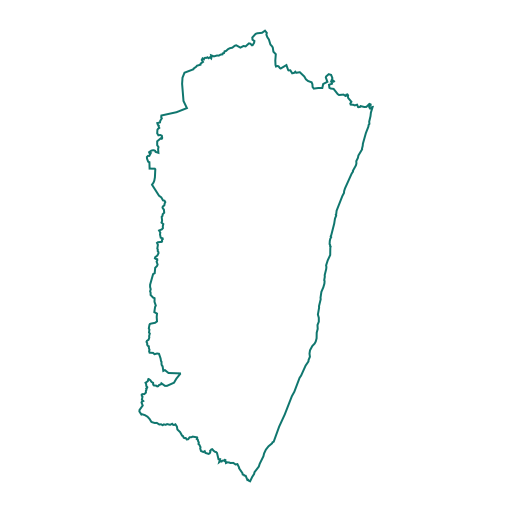 Vangaindrano, Atsimo-Atsinanana, Madagascar
{"feature_id": "10022922B74242760889111", "entity_name": "Vangaindrano", "entity_type": "district", "adm_level": 2, "iso_a3": "MDG", "parent_name": "Madagascar", "parent_adm1": "Atsimo-Atsinanana", "projection": "mercator", "projection_center": [47.342, -23.586], "detail": "fine", "context": "isolated", "style": "outline", "palette": "teal", "viewbox_px": 512, "rotation_deg": 0, "n_neighbors": 0, "source": "geoboundaries", "source_scale": "gbopen_adm2", "svg_char_len": 6013}
<svg xmlns="http://www.w3.org/2000/svg" viewBox="0 0 512 512"><path d="M265.0,30.7L262.0,32.8L257.2,33.3L255.6,33.9L252.3,37.5L252.5,39.7L254.4,41.0L254.1,42.8L252.6,45.2L251.9,45.3L250.4,43.7L248.9,43.4L245.6,46.4L243.5,46.0L240.4,47.6L236.2,45.3L234.7,45.8L232.3,47.7L229.9,48.2L228.1,49.1L226.0,51.0L224.6,51.3L224.0,53.1L222.7,53.4L222.4,54.4L220.6,54.6L218.8,55.6L217.0,55.5L213.9,56.4L211.1,55.3L211.5,57.3L211.2,58.4L210.1,57.2L208.6,58.2L207.4,57.3L206.4,57.9L205.1,57.8L204.4,58.2L203.9,59.3L202.6,58.4L201.8,59.9L203.0,61.9L200.6,63.6L200.5,64.7L197.0,65.7L196.1,66.8L193.6,68.6L193.4,69.3L184.5,72.7L182.5,77.7L182.1,83.8L183.5,101.0L186.9,108.1L176.5,112.2L161.4,115.5L161.2,117.2L161.8,118.3L160.3,120.7L160.0,122.4L157.3,123.1L157.9,124.9L158.8,125.6L158.6,126.5L159.3,127.9L157.9,129.0L157.4,129.9L157.2,133.3L158.4,135.3L160.2,135.0L161.8,135.7L162.2,137.9L162.0,138.6L161.6,138.8L160.8,138.3L157.2,141.3L157.2,145.2L158.5,147.1L158.1,149.0L158.4,152.8L155.6,151.9L155.1,150.8L154.6,150.5L153.2,150.2L151.4,150.6L149.1,152.2L149.5,153.1L150.7,153.2L149.3,155.9L148.0,155.9L146.9,157.0L147.0,158.6L148.1,161.5L148.4,161.9L149.4,162.2L149.6,168.6L154.8,168.7L155.3,169.3L154.9,177.4L154.3,180.6L153.5,182.6L152.0,184.7L159.0,195.7L161.3,197.4L163.0,200.4L164.5,200.7L165.3,202.1L164.7,203.3L164.3,205.4L162.9,206.4L162.5,207.3L162.8,208.3L163.9,209.6L164.2,212.7L162.7,214.2L162.5,215.9L161.7,216.8L162.1,220.9L161.5,222.6L163.3,224.1L162.8,226.1L162.9,228.2L161.8,229.4L159.1,230.5L160.3,232.6L160.0,234.4L160.7,237.7L162.6,238.3L162.8,239.1L161.9,240.0L162.1,241.2L161.7,241.9L158.0,242.2L157.0,242.9L157.9,244.8L157.3,248.6L157.8,249.5L157.7,251.1L158.4,252.0L158.5,253.2L157.3,255.6L155.2,257.2L154.9,258.3L155.7,258.9L157.2,259.2L157.3,260.3L156.6,261.6L157.6,264.6L157.0,266.0L155.2,267.8L154.7,273.2L153.1,274.1L150.1,284.7L150.1,287.0L150.7,289.2L150.1,291.3L150.6,292.7L150.6,295.0L153.2,297.7L154.5,298.1L154.6,298.6L154.5,301.8L155.8,305.6L155.1,306.9L154.3,312.1L157.0,313.6L156.7,317.0L157.0,321.4L155.1,322.8L151.0,323.6L149.9,324.0L149.5,324.7L148.8,328.5L149.4,329.6L149.0,332.6L149.8,333.5L149.1,336.1L149.3,337.5L148.6,339.7L146.9,340.9L146.5,341.9L147.2,343.2L147.2,344.8L147.9,345.9L148.8,346.3L148.9,348.2L149.5,349.8L149.1,351.2L149.6,352.7L153.1,352.9L154.5,354.2L157.1,353.5L159.0,353.8L160.6,358.5L161.0,361.0L161.5,361.8L161.5,364.1L161.9,365.5L162.6,366.2L163.3,370.9L164.9,370.1L168.5,373.0L180.0,373.4L180.1,374.0L176.4,378.6L174.0,382.7L166.9,385.9L165.0,385.9L161.4,383.3L161.0,384.3L159.1,385.0L158.1,386.2L157.2,386.4L156.3,385.7L153.8,385.4L153.2,384.6L153.1,382.8L151.6,382.0L150.3,380.2L148.6,379.0L148.3,379.1L147.8,381.2L145.5,382.8L146.1,383.9L146.3,386.0L147.3,387.2L147.1,387.9L146.2,388.5L146.5,389.8L145.9,390.7L145.9,392.6L144.3,394.1L142.4,394.1L141.7,394.6L141.8,395.8L142.5,396.7L141.9,399.7L143.2,401.0L141.8,401.8L141.5,402.5L142.7,405.5L139.5,410.0L139.4,411.5L141.3,414.4L141.6,414.1L144.8,415.1L147.5,416.7L149.6,419.0L151.3,421.8L152.1,422.2L154.8,423.0L156.8,422.9L159.3,424.5L161.0,424.3L162.7,425.2L163.8,424.4L165.7,424.8L167.1,424.1L170.1,424.8L172.2,423.8L173.2,424.9L174.1,425.0L175.4,424.3L176.9,426.6L177.4,429.5L180.1,432.1L182.1,435.7L183.0,436.1L183.7,437.7L184.4,438.1L185.7,438.0L186.8,439.5L188.2,439.2L189.6,437.3L191.5,437.2L192.7,436.6L197.1,437.4L197.3,438.0L196.8,439.1L197.9,439.9L198.2,441.5L198.8,442.3L198.5,444.0L199.3,444.7L200.5,447.2L200.2,448.5L201.0,451.0L203.3,452.0L204.7,451.2L205.4,452.9L208.6,453.9L209.7,453.3L210.4,451.8L210.1,450.9L211.4,449.4L212.3,449.2L213.5,450.7L215.2,451.9L216.2,452.1L217.0,453.0L218.5,459.2L220.0,459.2L219.2,462.2L220.7,461.1L221.6,461.5L222.1,460.7L223.8,460.6L224.8,459.8L225.4,460.1L225.1,461.4L225.9,461.8L226.0,463.0L227.6,462.3L229.7,462.6L230.2,463.0L233.3,462.9L235.6,464.5L237.4,464.1L239.1,467.5L239.1,468.3L242.4,473.1L242.7,474.5L243.9,474.9L244.4,475.6L245.7,475.8L247.4,480.0L248.2,479.8L248.6,480.6L250.1,481.3L252.2,476.9L254.1,474.0L254.5,472.2L258.8,466.6L259.7,463.8L263.4,456.3L264.1,453.4L265.9,449.6L268.5,446.3L272.1,443.3L272.5,442.3L273.7,441.7L279.2,426.5L284.7,414.6L291.9,396.1L294.3,391.8L299.6,377.8L301.1,375.6L305.6,365.6L308.4,361.5L308.6,359.9L309.9,356.8L309.5,353.6L310.0,350.3L312.3,346.0L314.6,343.6L315.7,341.6L316.6,338.3L316.7,332.7L317.7,328.9L317.5,325.0L318.8,321.7L318.8,317.8L317.9,314.5L319.1,307.7L319.0,306.2L320.7,299.2L320.5,297.8L321.4,291.8L323.3,287.4L324.4,283.6L324.6,281.0L324.2,280.2L324.8,276.8L324.7,275.1L326.2,269.0L326.4,267.0L326.1,265.4L327.7,260.4L330.2,255.0L330.3,247.9L330.6,246.5L330.1,246.2L330.1,244.9L329.6,244.1L329.8,240.9L330.3,238.7L331.2,237.1L330.7,236.4L331.3,235.0L334.2,223.6L335.0,218.5L336.2,215.6L335.8,214.7L336.2,214.1L336.6,210.7L342.4,195.9L344.0,192.9L344.1,191.2L345.0,188.4L351.7,173.5L353.0,171.6L352.9,170.8L355.9,165.4L356.4,163.5L356.3,161.1L357.9,157.9L358.4,155.5L362.1,149.3L362.0,148.6L362.7,145.9L362.9,143.7L365.9,133.0L368.4,126.6L368.6,125.0L369.4,123.9L369.2,121.7L370.5,116.1L370.9,112.6L372.6,107.0L372.0,107.1L370.9,108.5L370.0,108.5L369.2,107.0L370.7,105.0L370.6,104.4L369.4,103.9L366.4,106.9L364.4,107.0L360.6,106.1L360.3,106.8L358.5,107.2L358.1,107.1L357.1,104.7L354.7,105.4L353.3,104.8L350.7,104.6L350.3,103.5L351.4,101.8L348.2,98.0L347.9,96.6L348.1,95.4L347.4,94.4L346.3,94.7L345.9,95.9L345.6,96.0L343.5,94.6L339.0,95.0L337.7,94.1L333.6,88.9L330.6,88.5L329.4,87.8L329.0,84.8L332.0,83.7L331.7,82.3L332.6,81.4L333.6,81.7L334.0,81.3L332.1,79.7L331.7,80.0L332.4,78.1L331.1,74.9L328.7,74.2L326.1,76.5L325.8,77.5L327.4,81.8L323.2,84.0L322.3,88.0L318.2,88.0L313.8,88.6L312.6,87.0L312.4,84.2L311.6,82.3L308.0,81.0L305.9,79.3L304.3,76.5L299.8,72.2L296.2,72.8L295.3,71.7L294.1,72.9L292.2,73.3L290.3,70.3L288.5,70.4L288.1,69.9L286.4,65.1L280.7,68.5L280.0,68.2L278.5,66.3L277.3,66.0L276.0,66.5L275.5,64.9L275.3,60.5L275.8,54.2L273.4,51.7L272.8,47.7L272.2,46.5L270.4,44.5L268.9,39.5L267.4,37.3L266.4,34.7L266.8,32.9L265.0,30.7Z" fill="none" stroke="#0f766e" stroke-width="2"/></svg>